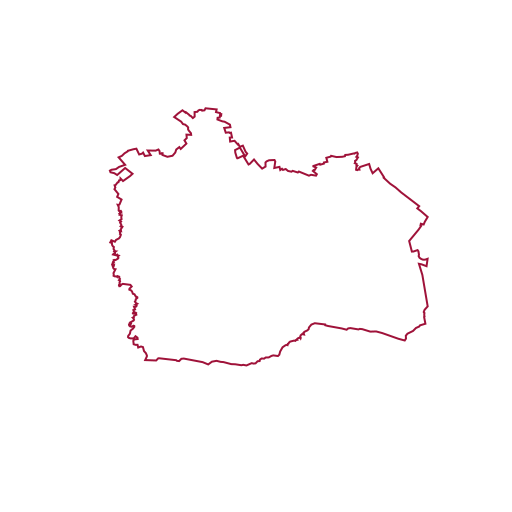 outline of Puerto Escondido, Córdoba, Colombia, rotated 226°
{"feature_id": "7082276B3276683190429", "entity_name": "Puerto Escondido", "entity_type": "district", "adm_level": 2, "iso_a3": "COL", "parent_name": "Colombia", "parent_adm1": "Córdoba", "projection": "mercator", "projection_center": [-76.165, 8.994], "detail": "fine", "context": "isolated", "style": "outline", "palette": "rose", "viewbox_px": 512, "rotation_deg": 226, "n_neighbors": 0, "source": "geoboundaries", "source_scale": "gbopen_adm2", "svg_char_len": 6150}
<svg xmlns="http://www.w3.org/2000/svg" viewBox="0 0 512 512"><g transform="rotate(226 256 256)"><path d="M388.8,329.5L397.3,322.3L396.6,320.1L398.0,318.2L398.8,318.4L400.3,316.9L400.7,315.7L400.5,314.0L402.2,311.8L398.9,308.7L399.1,306.4L401.9,306.4L403.2,305.8L403.9,306.0L407.8,305.5L407.8,305.1L408.5,305.2L408.6,304.8L411.9,304.3L412.7,298.4L412.8,293.7L404.6,295.5L401.6,295.1L399.7,296.3L396.8,296.6L395.6,296.5L394.4,295.2L393.2,294.8L389.5,294.5L388.2,293.5L391.6,290.3L388.9,288.1L388.9,284.9L385.2,284.0L385.3,276.2L387.6,276.5L388.0,272.6L386.5,269.8L386.1,265.6L388.9,261.2L393.6,258.9L394.8,260.2L395.3,259.8L395.0,259.2L396.4,257.9L398.5,259.5L400.4,259.8L401.5,257.0L407.1,251.4L401.7,250.3L405.1,245.5L408.8,246.6L408.8,245.1L410.2,242.5L416.3,244.5L418.0,241.9L420.7,236.9L420.4,236.4L421.2,232.8L421.2,229.1L422.4,225.7L412.5,225.2L415.2,219.4L415.8,215.6L418.4,212.0L418.9,210.2L417.3,209.5L414.0,211.6L410.7,212.4L410.2,223.0L400.9,224.3L401.0,220.9L402.3,212.4L405.9,212.4L405.0,211.5L404.9,210.9L405.5,210.0L404.6,208.3L405.1,207.6L404.6,204.3L405.1,203.4L403.0,202.4L402.4,200.6L396.2,200.1L395.0,197.2L390.0,198.5L387.9,193.6L388.0,192.8L388.9,192.1L386.6,191.3L384.1,188.8L383.4,188.8L382.4,190.1L381.4,189.9L381.0,189.5L381.9,189.3L382.1,188.7L381.1,187.8L381.3,187.1L380.6,187.0L380.4,186.5L378.5,187.7L377.7,186.2L375.9,184.9L376.4,182.4L374.5,182.8L374.4,181.4L372.2,180.9L371.4,180.2L371.4,179.2L370.8,179.3L370.2,180.2L369.8,180.3L369.1,177.2L367.9,176.4L368.7,176.1L369.0,175.3L367.6,175.1L367.4,174.4L366.7,174.2L366.3,173.4L365.1,173.5L364.0,171.1L363.9,169.5L364.8,166.5L364.3,164.4L367.8,162.9L367.0,160.6L366.6,160.8L366.5,162.0L366.2,162.0L364.0,160.2L362.5,159.8L361.2,160.0L360.0,158.4L358.3,158.1L358.0,157.3L356.8,158.3L357.0,157.1L356.3,157.0L355.9,156.5L356.5,154.7L356.4,154.2L353.8,155.8L353.4,157.1L352.7,156.9L351.6,157.5L351.6,156.1L350.2,155.7L350.0,154.9L350.7,152.1L352.1,151.0L352.7,151.3L351.8,150.7L351.2,151.1L351.1,149.3L350.0,149.1L350.5,148.2L350.0,147.8L350.0,146.7L349.0,146.2L348.1,147.5L347.6,146.8L347.8,145.7L346.3,144.9L345.2,144.9L344.1,145.7L342.7,141.6L341.6,140.9L340.7,139.8L339.4,140.3L338.1,141.6L337.4,141.6L337.7,142.4L336.1,143.2L335.4,142.5L334.0,142.2L333.8,140.7L333.0,141.0L332.2,140.7L331.9,139.6L330.9,138.7L330.0,138.5L330.4,137.5L330.1,137.0L329.2,136.7L328.7,137.3L328.9,139.4L328.5,140.8L322.5,145.6L320.4,145.4L320.4,142.3L319.8,141.5L317.8,142.3L316.4,142.1L314.4,141.2L312.9,142.0L310.1,141.3L309.7,141.8L308.8,142.0L308.3,141.6L308.4,139.4L307.5,138.3L307.3,137.2L305.5,137.0L304.2,137.4L304.7,135.5L303.7,136.0L303.1,135.6L303.0,134.2L304.2,133.0L301.6,131.9L302.3,130.2L300.6,129.5L300.4,127.7L299.9,127.6L299.5,128.0L298.9,130.1L298.2,130.2L297.8,129.4L296.9,129.1L297.6,126.9L297.4,126.0L296.6,125.4L297.1,124.5L296.3,124.5L294.8,123.9L294.6,123.0L295.6,119.3L294.3,119.3L293.7,117.7L295.0,117.6L295.1,117.2L294.1,116.5L293.0,116.5L291.6,117.3L290.9,119.5L290.2,119.8L289.6,119.3L289.2,117.1L289.5,114.0L287.7,111.3L287.3,108.6L286.6,107.6L285.5,107.6L283.9,108.5L282.2,110.2L281.7,111.2L282.0,113.6L279.6,114.0L278.5,113.2L280.2,110.9L280.6,109.5L280.1,108.7L277.5,106.7L275.7,107.7L274.4,109.1L272.0,107.7L270.8,110.4L269.0,111.4L265.4,109.4L262.6,109.3L260.2,108.4L259.6,107.8L258.1,104.0L250.2,111.6L250.3,114.6L249.7,115.3L236.5,126.2L235.5,126.3L233.8,127.7L233.9,130.9L232.4,132.8L216.7,143.9L211.2,146.3L210.6,150.9L208.0,154.8L204.3,157.1L202.3,158.9L195.4,163.1L192.6,165.8L187.6,169.6L186.6,171.2L183.9,173.1L181.9,178.5L180.3,179.5L179.1,181.1L179.2,184.0L177.9,185.6L178.7,186.8L178.4,188.8L176.5,190.6L176.3,192.4L174.2,194.7L173.4,197.7L172.5,199.4L168.8,202.3L168.8,204.2L170.5,207.0L171.9,211.7L171.3,215.3L170.5,216.6L170.0,216.8L170.7,217.9L170.4,218.5L170.8,219.6L170.7,221.1L168.7,224.6L167.6,225.4L167.9,226.1L167.0,227.5L167.7,227.7L167.7,228.9L167.3,230.0L166.2,231.0L165.8,230.9L166.0,231.3L167.3,231.8L167.9,233.0L167.8,234.9L166.2,236.0L167.7,236.7L167.5,237.2L167.9,238.0L166.8,241.3L166.8,243.1L167.8,244.4L168.2,248.2L166.8,251.6L158.7,258.2L158.1,257.7L155.6,259.2L144.4,267.3L140.0,270.0L139.9,272.0L138.6,273.8L132.0,278.7L131.5,280.0L129.6,281.6L122.2,285.7L118.3,290.0L113.0,293.2L97.6,300.9L91.9,304.3L92.4,306.5L94.6,308.4L94.9,311.0L93.0,316.9L93.1,321.1L91.9,324.4L92.2,325.8L89.6,330.8L95.4,334.6L95.4,335.2L96.7,336.0L98.0,337.6L98.8,337.5L99.3,337.9L100.2,340.0L100.5,344.5L126.8,362.5L137.2,367.8L135.0,369.3L130.2,371.6L134.8,377.5L135.9,375.1L137.3,373.6L139.0,372.8L141.2,372.4L142.9,372.9L143.8,374.2L146.6,376.1L148.0,376.3L149.9,372.3L150.9,371.2L160.4,376.6L162.0,391.0L162.9,395.7L163.7,395.5L164.7,397.0L162.2,398.5L163.4,401.3L164.8,406.6L173.7,405.8L178.2,405.1L178.5,408.0L200.9,404.6L208.4,404.0L214.9,402.7L223.6,402.2L223.7,402.8L234.1,404.9L234.5,397.4L239.2,399.0L243.6,401.3L247.7,392.8L247.5,391.2L246.3,390.4L247.1,389.7L247.4,388.5L248.5,387.9L250.4,390.2L250.6,391.6L251.4,391.2L252.2,392.3L254.1,391.6L254.2,392.2L255.6,393.3L255.3,394.8L256.1,397.8L257.6,397.1L257.8,398.4L258.8,400.3L260.2,400.7L261.2,398.9L261.2,398.0L261.9,397.5L264.9,392.5L266.7,390.4L266.0,389.3L267.5,386.9L271.3,382.6L275.9,379.6L275.6,378.8L277.8,374.8L274.2,372.8L276.1,369.8L275.3,369.0L277.1,365.6L278.0,365.9L280.9,359.8L280.6,359.5L277.8,360.7L277.1,358.0L277.8,357.1L277.7,356.0L272.6,356.6L272.1,355.0L276.2,352.0L277.0,349.9L287.0,345.5L287.0,344.1L291.8,341.5L292.0,340.1L294.9,338.1L297.9,337.8L299.2,335.2L300.7,335.3L301.0,333.2L303.8,334.8L306.6,330.3L310.6,335.5L312.2,336.0L315.8,331.9L316.7,329.4L316.7,327.8L313.7,325.0L314.6,321.1L321.2,321.1L326.8,321.6L326.6,315.5L327.0,314.2L337.1,316.4L339.0,310.8L339.3,310.4L340.0,310.5L344.7,312.9L346.7,314.5L345.2,319.7L335.7,317.5L335.2,317.7L335.8,320.8L338.2,320.9L344.5,323.2L345.8,320.2L348.8,321.0L348.8,320.4L353.8,320.6L356.3,316.9L359.4,319.4L357.9,321.1L362.1,323.7L362.9,322.5L363.7,322.5L365.7,319.9L370.2,322.1L366.4,327.1L368.6,328.5L374.4,326.7L376.3,325.3L381.0,323.1L382.1,324.4L380.8,326.1L381.9,327.4L381.1,328.3L382.2,329.6L383.1,328.8L383.8,329.4L387.3,327.2L388.8,329.5Z" fill="none" stroke="#9f1239" stroke-width="2"/></g></svg>